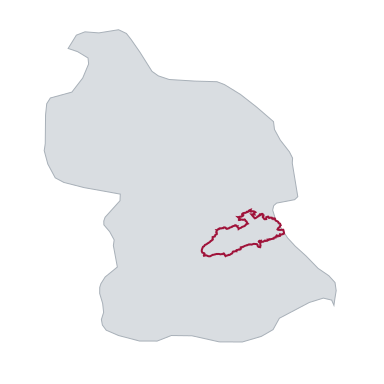 location of Gicumbi, Northern, Rwanda, rotated 96°
{"feature_id": "39286606B99169436422336", "entity_name": "Gicumbi", "entity_type": "district", "adm_level": 2, "iso_a3": "RWA", "parent_name": "Rwanda", "parent_adm1": "Northern", "projection": "natural_earth1", "projection_center": [30.098, -1.619], "detail": "fine", "context": "in_parent", "style": "outline", "palette": "rose", "viewbox_px": 384, "rotation_deg": 96, "n_neighbors": 0, "source": "geoboundaries", "source_scale": "gbopen_adm2", "svg_char_len": 6913}
<svg xmlns="http://www.w3.org/2000/svg" viewBox="0 0 384 384"><g transform="rotate(96 192 192)"><path d="M147.8,95.5L152.8,95.3L185.6,86.3L188.9,89.1L194.2,106.7L197.0,109.3L201.6,109.9L210.8,105.9L227.7,92.1L235.1,83.7L243.7,71.9L254.8,58.6L261.0,47.1L267.1,40.3L275.0,38.3L283.8,38.8L289.9,39.0L284.9,41.8L283.8,50.3L289.6,63.8L308.4,91.9L320.4,97.0L328.3,107.9L335.9,126.3L338.2,149.3L335.0,177.0L336.9,197.6L343.9,211.1L345.7,228.6L342.4,250.1L338.4,262.9L333.7,267.2L328.3,268.8L321.0,267.3L312.2,269.2L302.6,273.2L296.5,273.8L292.7,273.0L285.6,269.5L274.4,258.4L253.5,264.6L247.8,264.4L240.1,269.7L233.9,276.2L230.1,276.7L226.2,275.8L208.2,262.7L201.6,263.1L198.9,299.9L195.9,320.4L192.2,329.5L179.3,338.3L166.3,343.3L159.2,343.0L130.6,345.7L119.4,345.7L113.3,342.7L105.2,321.9L90.1,312.6L75.5,308.2L69.6,309.4L64.4,320.4L62.2,330.2L48.1,323.4L43.9,315.2L43.5,301.2L38.3,282.0L41.2,273.8L46.7,268.5L58.4,258.4L76.2,244.4L80.0,237.7L82.5,226.5L81.4,200.6L79.7,178.7L81.8,170.9L89.9,154.0L100.8,136.6L113.5,118.3L121.2,116.5L131.2,109.6L141.9,99.3L147.8,95.5Z" fill="#d9dde1" stroke="#a8b0b8" stroke-width="1"/><path d="M249.9,176.1L251.2,175.4L251.6,173.5L251.9,173.1L252.4,173.0L253.5,173.6L253.9,173.6L254.2,173.4L253.9,172.8L253.5,171.1L254.1,169.3L254.2,168.5L254.0,167.2L252.3,164.8L252.2,164.0L251.6,162.6L251.6,162.3L251.2,161.5L251.0,160.8L251.1,160.5L250.9,159.8L250.8,158.4L250.9,158.1L251.0,157.1L250.7,156.4L250.6,155.3L250.4,154.9L250.2,154.7L249.8,154.3L249.8,153.9L249.9,153.7L250.7,153.1L250.8,153.2L251.0,152.9L251.5,152.7L252.3,151.9L251.8,151.3L251.4,150.3L251.3,149.8L250.7,149.1L250.7,148.2L250.0,147.2L249.7,147.0L249.1,145.9L248.6,145.5L248.2,145.5L247.6,145.2L247.3,145.2L247.0,145.0L246.8,144.7L246.8,143.7L246.4,143.0L246.3,142.4L246.3,141.8L245.7,142.0L245.2,141.7L245.3,141.3L245.1,141.1L245.1,140.7L244.7,140.3L244.3,139.6L244.4,139.1L244.4,138.7L243.9,137.7L243.6,137.6L242.9,137.9L242.7,137.6L242.4,137.5L242.3,137.1L242.1,137.1L241.8,137.3L241.7,136.9L241.2,135.8L241.1,135.1L240.7,134.8L240.1,133.9L239.8,133.2L239.7,132.8L239.1,131.9L239.1,131.3L238.8,131.0L238.6,130.6L238.2,130.0L238.2,129.7L238.3,129.5L238.1,129.2L238.0,128.8L238.1,128.1L238.0,127.8L238.1,127.4L237.7,126.3L237.3,125.7L237.1,125.1L237.1,124.7L237.1,123.3L237.0,122.8L237.2,122.3L237.2,121.8L237.4,121.7L237.7,121.3L237.9,121.3L238.2,121.1L238.7,121.1L239.3,120.7L239.4,120.3L239.5,120.1L239.7,119.8L239.6,119.1L239.7,118.7L239.8,118.5L239.5,118.3L239.1,118.4L239.1,118.5L238.8,118.4L238.6,118.4L238.3,118.3L238.2,118.5L237.5,118.5L236.5,118.6L236.1,118.6L235.3,119.0L235.2,119.1L235.1,119.5L234.8,119.8L234.8,120.0L234.4,120.1L234.2,120.4L233.9,120.3L233.7,120.0L233.4,119.6L233.5,119.2L233.4,118.9L233.5,118.5L233.3,118.1L234.0,117.9L234.3,118.0L234.4,117.7L233.9,115.7L232.9,114.8L232.6,114.3L232.7,114.0L233.0,113.6L232.7,112.9L232.8,112.9L232.6,112.0L232.1,111.7L231.9,111.4L231.7,111.4L231.4,111.6L231.2,110.4L231.4,110.3L231.0,109.8L230.9,109.8L231.0,109.2L230.5,108.5L230.5,108.0L230.2,107.2L230.1,106.8L229.8,106.7L229.7,106.5L229.8,106.1L229.6,106.1L229.2,105.8L229.0,105.4L228.7,105.3L228.7,105.2L228.4,104.7L228.5,104.1L228.0,104.0L227.3,103.7L227.6,103.5L227.2,102.1L226.7,102.2L226.8,102.0L226.5,101.7L226.3,101.2L226.4,100.5L226.6,100.3L226.5,99.9L226.2,99.7L225.9,99.7L225.8,99.9L224.8,100.0L224.8,99.7L224.9,99.4L225.0,99.0L224.9,98.4L224.6,97.7L224.3,97.4L223.7,96.4L223.8,96.3L223.6,96.2L223.0,96.2L220.1,97.2L220.0,97.3L220.2,97.8L220.1,98.4L220.5,99.8L220.4,100.7L220.7,101.4L220.5,102.1L220.5,102.8L220.3,103.1L220.0,103.0L219.3,102.6L218.7,102.4L218.2,101.9L217.9,101.3L217.0,100.9L216.2,100.7L215.9,100.3L214.3,101.1L214.0,101.9L213.6,102.6L213.3,102.9L212.7,103.1L212.2,104.0L211.7,105.8L210.8,106.5L210.2,106.5L209.6,107.1L210.1,108.1L210.1,108.4L210.4,108.6L210.0,109.1L209.8,109.1L209.9,109.6L209.4,109.7L209.2,109.9L209.3,110.8L209.2,111.0L209.7,112.3L209.7,112.8L209.2,113.2L208.9,113.2L208.7,113.4L208.5,113.7L208.6,114.0L208.8,114.5L209.0,114.8L209.1,115.1L209.3,115.5L210.0,115.4L210.3,115.4L210.5,115.6L211.2,115.4L211.5,116.9L211.2,117.5L210.6,117.8L210.3,118.3L209.6,119.0L209.1,119.0L208.7,118.5L208.4,118.4L207.6,118.4L207.2,119.4L207.2,119.8L206.7,120.0L206.4,119.9L206.4,120.1L206.8,121.0L206.9,121.4L207.1,121.8L207.1,122.2L207.6,122.4L207.8,121.6L208.1,121.9L208.1,122.4L208.3,122.9L208.7,123.2L209.1,123.2L209.5,124.2L209.9,124.3L210.1,124.7L210.7,125.2L211.4,126.2L211.9,127.4L211.7,127.2L211.5,127.3L210.9,127.4L210.1,128.5L208.1,130.5L208.1,129.3L207.9,127.5L206.8,128.3L205.5,126.8L205.0,127.7L204.8,128.7L204.8,129.8L205.1,130.7L205.4,131.3L205.3,131.6L204.9,132.0L204.5,131.7L204.3,131.7L204.4,131.9L204.5,132.4L203.7,132.1L203.8,132.3L204.7,133.6L205.3,133.9L205.6,133.8L205.8,134.1L205.9,134.5L206.1,134.8L205.9,135.0L205.9,135.4L206.5,135.9L206.7,136.1L207.1,136.4L207.3,137.7L207.3,137.9L207.9,139.2L208.4,139.7L208.7,139.6L209.0,139.7L209.0,139.2L209.4,139.0L209.6,138.5L210.2,138.7L210.5,139.1L210.7,139.3L210.9,139.8L211.3,140.1L211.5,141.4L211.8,141.9L211.7,142.3L212.0,142.9L212.2,143.2L212.2,143.7L212.6,143.2L213.3,142.0L213.8,142.2L214.1,142.2L214.4,142.4L214.9,142.5L215.0,142.4L214.8,141.6L214.6,141.4L214.7,141.1L214.2,140.4L214.3,139.2L214.2,138.9L214.3,138.7L214.4,138.3L213.9,137.3L213.8,136.8L214.1,136.3L215.2,135.7L215.3,135.2L215.6,134.7L216.0,134.6L216.4,134.3L216.5,134.1L217.1,133.8L217.6,133.2L218.2,134.4L218.5,134.5L218.5,134.8L218.8,134.9L218.9,135.1L219.4,135.4L219.7,135.7L220.4,136.1L220.7,136.9L221.7,138.8L222.4,139.4L223.1,140.9L223.9,141.8L223.1,142.0L222.5,142.6L222.1,143.1L221.9,143.3L221.4,143.2L221.5,143.5L221.1,144.2L220.7,144.5L220.6,145.0L221.0,145.4L221.0,145.6L220.8,145.8L221.1,146.0L221.4,147.0L221.8,147.7L221.9,148.2L222.4,148.4L222.5,148.8L222.8,149.2L222.9,149.4L223.2,149.9L223.4,150.7L223.5,150.8L223.7,151.1L224.2,151.4L224.3,151.8L224.5,152.1L224.6,152.5L224.7,153.0L224.9,153.1L225.0,153.4L224.9,153.5L224.9,153.9L224.6,154.1L224.6,154.4L224.5,154.6L224.3,154.6L223.9,155.0L223.9,155.7L223.8,156.2L223.8,156.4L224.2,156.8L224.3,156.9L224.5,157.1L224.4,157.2L224.7,157.5L224.7,158.1L225.0,158.5L225.1,159.1L225.3,159.5L225.3,159.9L225.1,160.2L225.1,160.4L225.2,160.6L225.4,160.6L225.6,160.8L225.6,161.0L226.1,161.3L226.2,161.7L226.1,161.8L226.5,162.2L226.5,162.4L226.9,162.7L227.1,162.7L227.3,162.9L227.3,163.3L227.4,163.1L227.4,163.3L227.5,163.2L227.7,163.4L228.3,163.4L228.3,163.5L229.5,163.7L229.9,163.2L230.2,163.0L230.9,163.0L231.2,163.2L231.5,163.1L232.0,164.1L232.5,164.5L232.5,165.2L232.6,164.9L233.3,164.5L233.9,164.7L234.5,166.5L234.7,166.8L235.3,166.6L235.8,166.7L236.1,166.7L236.7,166.3L237.2,166.4L237.6,166.8L237.9,167.3L238.5,167.6L238.7,168.2L239.0,168.5L239.9,169.0L240.8,170.2L241.1,170.4L241.4,171.1L242.2,171.8L242.9,172.8L243.2,173.5L243.6,173.8L244.7,174.3L245.3,175.3L245.8,175.5L248.1,176.1L249.0,176.2L249.9,176.1Z" fill="none" stroke="#9f1239" stroke-width="2"/></g></svg>